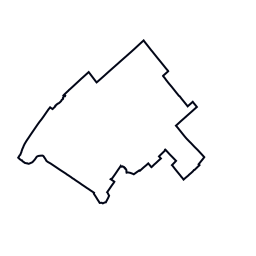 outline of Sadova, Dolj, Romania, rotated 301°
{"feature_id": "2599482B91808724077268", "entity_name": "Sadova", "entity_type": "district", "adm_level": 2, "iso_a3": "ROU", "parent_name": "Romania", "parent_adm1": "Dolj", "projection": "natural_earth1", "projection_center": [23.935, 43.87], "detail": "fine", "context": "isolated", "style": "outline", "palette": "ink", "viewbox_px": 256, "rotation_deg": 301, "n_neighbors": 0, "source": "geoboundaries", "source_scale": "gbopen_adm2", "svg_char_len": 4986}
<svg xmlns="http://www.w3.org/2000/svg" viewBox="0 0 256 256"><g transform="rotate(301 128 128)"><path d="M140.4,208.2L141.4,208.3L142.1,208.4L142.3,208.4L143.3,205.1L145.1,198.9L146.1,194.7L147.6,189.4L147.9,188.0L149.1,183.5L150.0,180.8L153.3,171.9L153.8,170.6L154.7,167.9L157.3,168.7L161.4,169.9L170.3,172.7L181.5,176.2L182.4,173.8L183.2,171.5L183.8,170.0L181.5,169.3L177.7,168.1L177.3,168.0L177.8,166.7L179.6,161.8L180.6,159.0L181.8,156.0L181.8,155.0L182.5,153.2L183.1,151.5L186.1,143.5L186.2,143.0L186.5,142.3L186.8,141.3L187.8,138.5L188.2,137.6L188.6,136.4L189.7,133.9L190.5,131.6L190.7,131.2L190.9,131.2L196.6,133.0L197.4,133.2L197.6,132.9L198.6,129.9L201.9,120.9L203.0,117.8L204.1,114.8L205.2,111.8L206.3,108.9L206.4,108.4L208.3,103.5L210.3,98.2L211.1,96.3L205.4,94.6L199.2,92.8L196.6,92.0L194.6,91.4L183.9,88.0L182.3,87.5L166.1,82.4L159.5,80.4L152.3,78.1L150.9,77.6L151.1,77.0L155.7,65.5L147.8,63.1L146.3,62.6L142.4,61.5L135.2,59.4L131.2,58.2L130.4,57.9L130.0,57.8L129.3,57.7L128.0,57.3L124.0,56.2L123.1,56.0L123.2,56.3L123.3,56.5L123.4,56.9L123.4,57.1L123.4,57.5L122.8,57.6L122.5,56.9L122.4,56.8L122.2,56.7L121.9,56.7L121.6,56.6L121.3,56.7L121.1,56.8L120.8,56.8L120.7,56.7L120.4,56.7L120.3,56.8L120.2,56.8L120.0,57.0L119.8,57.2L119.7,57.3L119.4,57.3L119.2,57.2L118.9,57.2L118.6,57.0L118.4,56.9L118.2,56.8L117.8,56.8L117.6,56.8L117.5,56.7L117.4,56.7L117.1,56.8L116.8,56.8L116.7,56.8L116.4,56.8L116.2,56.7L115.9,56.6L115.3,56.5L114.1,56.1L113.8,56.0L113.6,55.9L113.2,55.7L112.8,55.3L112.7,55.3L112.3,55.2L111.9,54.9L111.7,54.8L111.4,54.8L111.3,54.7L111.2,54.7L110.9,54.7L110.7,54.6L110.4,54.5L110.3,54.4L110.2,54.4L110.1,54.5L109.9,54.5L109.8,54.4L109.7,54.5L109.2,54.4L108.8,54.4L108.7,54.3L108.3,54.4L108.2,54.4L107.7,54.2L107.4,54.1L106.7,53.9L106.4,53.8L105.9,53.7L105.4,53.6L105.4,52.5L105.5,51.5L105.6,50.6L104.9,50.5L103.9,50.4L103.5,50.3L103.2,50.3L102.8,50.2L102.5,50.2L102.4,50.2L97.8,49.9L94.5,49.7L90.9,49.4L88.0,49.0L84.4,48.7L75.9,48.2L72.6,48.0L68.2,47.8L66.6,47.7L64.7,47.6L63.2,47.6L61.6,47.6L61.4,47.6L61.0,47.6L60.3,47.7L59.9,47.7L58.9,47.8L57.9,48.0L55.3,48.3L54.1,48.6L53.3,48.7L52.6,49.0L51.7,49.1L50.3,49.3L49.7,49.5L49.3,49.4L48.8,49.2L48.1,49.2L46.8,49.2L46.0,49.2L45.9,50.0L45.8,50.4L45.7,50.5L45.5,51.7L45.4,53.7L45.5,53.8L45.4,53.9L45.4,54.0L45.3,54.3L45.3,54.6L45.2,54.8L45.1,55.2L45.1,55.3L45.1,55.5L45.2,56.0L44.9,57.3L45.3,58.6L45.4,59.1L45.6,59.4L45.8,59.6L45.9,60.4L46.0,61.0L46.6,61.7L49.3,63.6L50.4,63.9L51.6,64.1L52.5,64.3L53.3,64.4L53.6,64.4L54.8,64.5L55.6,64.5L56.3,64.6L57.0,64.9L57.5,65.3L57.9,65.6L59.4,67.5L59.7,68.0L60.3,68.9L60.3,69.3L60.4,69.5L60.2,70.4L60.1,70.7L59.8,71.0L59.6,71.6L59.3,72.2L59.1,72.7L58.5,73.8L58.2,74.3L58.1,74.5L57.8,75.0L57.6,76.7L57.7,79.9L57.4,86.1L57.1,91.5L56.9,98.1L56.7,99.9L56.7,101.8L56.6,102.7L56.6,103.9L56.4,105.7L56.3,106.5L56.4,107.5L56.2,109.5L56.1,111.5L56.0,113.9L55.9,115.5L55.7,118.0L55.7,118.5L55.5,122.4L55.4,123.4L55.4,124.7L55.3,126.8L55.2,128.0L55.1,130.6L55.0,132.3L54.6,132.4L54.1,132.5L53.6,133.5L53.2,134.4L52.6,135.6L51.9,137.0L51.2,138.3L50.8,139.1L50.2,140.4L49.3,142.1L49.2,142.3L49.8,143.2L50.1,143.6L50.3,143.9L50.4,144.0L50.4,144.4L50.4,145.1L50.5,145.2L50.5,145.3L51.4,145.9L52.1,146.3L52.4,146.7L52.6,146.9L52.9,147.3L53.9,147.2L57.8,147.0L60.2,146.7L60.9,145.5L61.5,144.6L62.3,143.3L62.3,143.2L63.7,143.3L65.1,143.4L70.5,143.7L73.8,144.0L74.9,144.0L75.0,143.5L75.2,139.5L75.5,139.6L76.0,139.9L76.4,140.3L76.9,140.4L78.4,140.5L81.0,140.7L84.4,140.9L86.7,141.0L89.4,141.2L91.6,141.3L91.4,141.6L91.3,142.0L91.4,142.3L91.6,142.4L91.9,142.6L92.1,142.7L92.2,142.9L92.2,143.0L92.4,143.2L92.4,143.4L92.3,143.6L92.2,143.9L92.3,144.1L92.4,144.5L92.5,144.8L92.4,145.1L92.1,145.4L92.2,145.6L92.2,146.0L91.9,146.1L91.7,146.3L91.7,146.6L91.6,146.9L91.6,147.1L91.7,147.3L91.5,147.6L91.3,148.0L91.0,148.4L90.6,148.6L90.1,149.0L89.6,149.2L89.3,149.5L89.0,149.8L89.6,150.4L90.1,151.3L90.7,153.0L91.2,155.7L91.3,156.8L93.4,157.7L95.5,158.6L96.7,159.2L97.5,159.5L97.4,160.2L99.7,160.9L102.3,161.7L105.7,162.9L107.5,163.4L108.1,163.6L107.7,164.7L107.3,165.9L106.5,168.1L106.5,168.3L107.7,168.6L109.0,169.0L109.3,169.0L110.6,169.4L111.8,169.8L113.1,170.2L114.2,170.5L115.6,170.9L118.8,171.9L119.0,171.2L119.6,169.2L121.3,169.6L125.8,170.8L127.2,171.2L127.4,171.2L127.7,171.1L127.9,171.0L128.1,171.0L128.5,170.9L128.7,171.0L128.6,171.6L128.2,172.9L127.7,174.6L126.8,177.6L126.0,180.8L124.8,185.3L124.6,186.1L122.6,185.7L118.8,184.8L118.6,185.6L117.1,189.4L116.0,192.4L114.6,196.3L114.2,197.5L113.7,198.6L113.2,200.3L112.4,202.2L114.7,202.9L115.6,203.2L117.0,203.7L117.3,203.8L117.6,203.9L118.4,204.2L118.7,204.3L118.9,204.3L119.2,204.3L119.4,204.4L120.0,204.6L120.5,204.8L121.0,204.9L121.7,205.2L123.8,205.8L124.0,205.9L125.4,206.1L125.9,206.2L126.0,206.2L126.1,206.4L126.3,206.6L126.6,206.7L127.0,206.8L128.2,207.1L129.2,207.4L130.9,207.8L132.4,208.3L133.0,208.4L133.3,207.2L133.9,207.3L135.3,207.5L136.8,207.7L138.2,207.9L140.4,208.2Z" fill="none" stroke="#020617" stroke-width="2"/></g></svg>